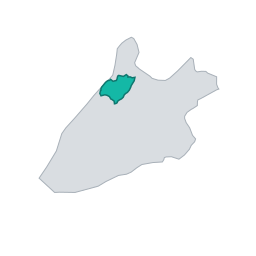 location of Bubanza within Burundi, rotated 41°
{"feature_id": "BDI-2636", "entity_name": "Bubanza", "entity_type": "Province", "adm_level": 1, "iso_a3": "BDI", "parent_name": "Burundi", "parent_adm1": "", "projection": "equal_earth", "projection_center": [29.392, -3.111], "detail": "fine", "context": "in_parent", "style": "filled", "palette": "teal", "viewbox_px": 256, "rotation_deg": 41, "n_neighbors": 0, "source": "natural_earth", "source_scale": "10m", "svg_char_len": 1634}
<svg xmlns="http://www.w3.org/2000/svg" viewBox="0 0 256 256"><g transform="rotate(41 128 128)"><path d="M171.0,39.0L169.7,41.4L163.5,58.3L162.3,60.9L163.0,62.4L165.6,65.6L164.1,71.0L163.5,72.4L162.3,77.4L163.0,81.9L164.4,83.6L168.4,85.8L174.4,87.4L181.5,91.2L186.2,91.9L187.3,94.6L187.1,99.5L188.3,103.8L188.3,111.4L186.9,118.1L179.6,121.2L175.9,124.7L174.8,126.4L175.8,128.4L176.2,131.1L169.4,137.8L162.4,146.5L160.7,152.4L159.3,159.3L157.2,163.8L151.9,170.1L146.4,183.0L143.7,191.4L130.3,211.4L118.4,221.4L114.9,224.8L93.8,224.2L92.2,210.7L89.0,192.3L81.7,175.6L81.0,168.6L81.3,155.2L81.3,136.3L80.9,126.1L81.0,118.7L81.9,105.8L81.8,98.1L77.0,89.2L71.1,79.8L67.9,75.2L67.7,71.4L67.7,68.0L68.7,63.0L71.0,57.3L73.6,56.7L80.0,59.0L86.7,63.7L90.2,74.4L92.9,76.0L97.9,76.0L110.5,74.5L113.6,74.7L119.3,72.2L125.0,67.6L126.7,63.0L128.0,52.5L129.2,33.6L132.1,33.3L140.0,40.1L141.7,40.5L143.4,40.3L146.2,37.0L149.6,34.2L152.1,34.3L161.3,31.2L166.2,36.9L169.4,38.6L171.0,39.0Z" fill="#d9dde1" stroke="#a8b0b8" stroke-width="1"/><path d="M82.6,117.7L82.9,117.4L81.8,116.1L81.3,114.4L81.1,108.3L81.4,106.5L81.9,105.0L82.7,104.3L83.0,103.3L83.0,102.7L86.0,102.6L88.0,99.8L87.5,98.0L86.6,96.5L86.2,95.2L86.5,94.4L90.7,92.1L91.7,88.8L93.9,88.8L94.5,89.6L96.1,88.0L98.3,87.3L100.0,85.2L101.7,88.3L102.6,93.8L103.3,95.5L104.1,98.4L104.2,101.5L103.6,103.4L103.4,105.5L104.2,107.8L104.0,110.3L103.1,112.4L102.6,114.8L103.0,115.5L103.2,116.3L102.7,117.6L101.9,118.6L99.9,116.8L97.2,117.0L95.9,117.4L94.7,116.9L93.4,116.5L92.2,116.7L90.4,117.2L88.7,118.2L86.5,121.4L84.1,120.4L82.6,117.7Z" fill="#14b8a6" stroke="#0f766e" stroke-width="1.5"/></g></svg>